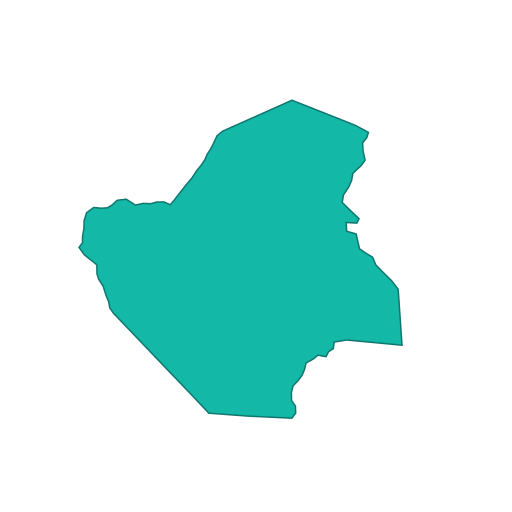 outline of Nazarezinho, Paraíba, Brazil, rotated 117°
{"feature_id": "56859067B95822708783593", "entity_name": "Nazarezinho", "entity_type": "district", "adm_level": 2, "iso_a3": "BRA", "parent_name": "Brazil", "parent_adm1": "Paraíba", "projection": "equal_earth", "projection_center": [-38.331, -6.95], "detail": "fine", "context": "isolated", "style": "filled", "palette": "teal", "viewbox_px": 512, "rotation_deg": 117, "n_neighbors": 0, "source": "geoboundaries", "source_scale": "gbopen_adm2", "svg_char_len": 1307}
<svg xmlns="http://www.w3.org/2000/svg" viewBox="0 0 512 512"><g transform="rotate(117 256 256)"><path d="M371.8,356.8L389.0,307.6L399.1,278.9L408.2,252.6L412.4,240.8L417.5,226.7L402.1,190.0L384.2,150.4L378.0,149.3L371.8,152.7L368.6,158.7L361.7,162.4L354.8,164.0L347.9,161.9L341.5,160.8L335.3,161.2L328.7,162.8L321.4,158.0L316.3,155.8L313.9,147.9L308.3,147.9L303.5,145.1L297.1,147.2L289.7,137.1L269.2,85.4L221.1,114.2L216.5,123.8L213.1,134.6L209.6,145.1L204.1,151.6L203.6,159.6L202.6,167.0L197.1,171.6L190.9,176.8L192.8,186.5L185.2,190.8L180.9,181.1L176.0,181.1L172.7,192.2L169.2,203.4L162.0,205.8L152.4,204.7L145.3,205.1L138.5,207.2L132.5,205.1L127.6,203.3L121.1,202.3L113.8,208.3L106.8,212.4L100.3,211.0L94.8,211.9L94.5,226.7L96.1,244.0L100.9,294.7L159.9,342.4L166.6,345.3L175.9,345.0L181.8,345.0L187.6,345.7L193.3,345.3L199.5,346.0L207.0,347.6L215.4,348.5L223.5,350.4L231.0,351.9L237.6,353.2L244.0,354.4L249.3,355.7L249.6,362.5L253.0,369.0L257.3,373.7L260.2,380.2L265.4,386.6L264.3,397.4L269.4,405.0L276.2,407.5L280.6,410.4L283.8,415.8L286.4,422.6L294.4,426.6L302.6,425.2L309.4,421.9L317.4,419.4L323.0,416.6L328.7,417.6L332.8,409.6L334.2,403.2L336.1,393.8L344.1,389.6L348.1,385.7L352.4,378.4L359.3,371.6L363.6,366.5L368.7,362.7L371.8,356.8Z" fill="#14b8a6" stroke="#0f766e" stroke-width="1.5"/></g></svg>